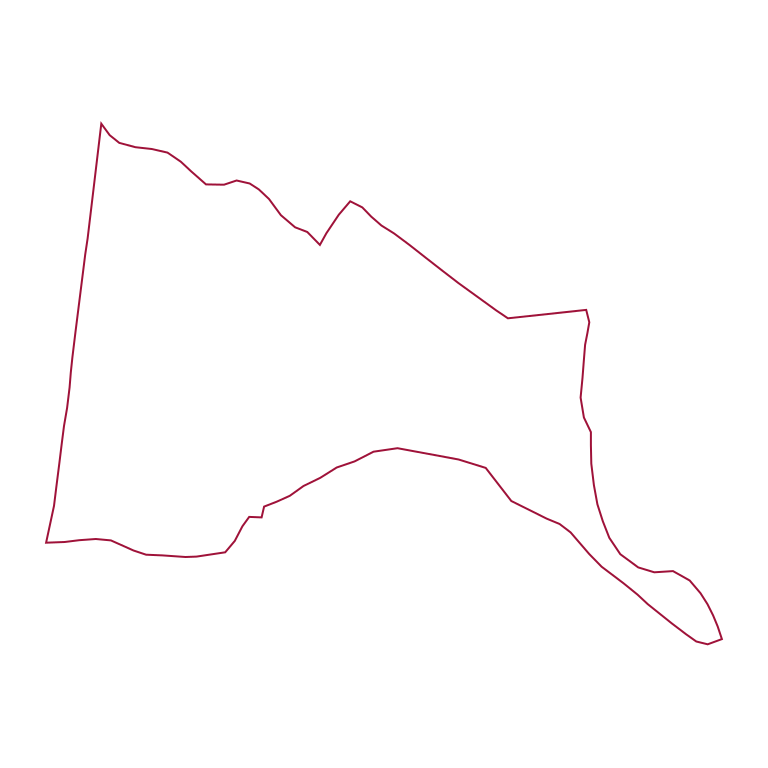 the district of Parnamirim, Rio Grande do Norte, Brazil
{"feature_id": "56859067B32838397359817", "entity_name": "Parnamirim", "entity_type": "district", "adm_level": 2, "iso_a3": "BRA", "parent_name": "Brazil", "parent_adm1": "Rio Grande do Norte", "projection": "albers", "projection_center": [-35.212, -5.917], "detail": "fine", "context": "isolated", "style": "outline", "palette": "rose", "viewbox_px": 768, "rotation_deg": 0, "n_neighbors": 0, "source": "geoboundaries", "source_scale": "gbopen_adm2", "svg_char_len": 1429}
<svg xmlns="http://www.w3.org/2000/svg" viewBox="0 0 768 768"><path d="M586.2,309.9L507.9,318.3L496.2,310.4L458.6,283.2L443.0,271.2L426.2,258.1L409.4,244.9L394.0,233.4L381.4,225.5L371.2,216.6L362.3,207.4L350.2,201.3L338.8,214.7L326.4,233.2L319.9,244.9L307.3,232.0L295.1,227.3L280.9,215.2L269.0,199.0L258.8,189.4L249.7,183.5L236.6,180.5L224.0,184.7L206.0,184.4L191.1,171.3L180.8,161.7L167.5,152.6L151.7,149.0L135.4,147.2L119.3,142.9L109.7,135.2L101.3,123.7L93.4,190.1L87.6,238.6L85.2,254.6L83.8,265.8L75.4,332.6L72.4,357.3L70.8,372.5L69.6,387.3L67.1,407.9L64.0,426.0L61.7,444.0L59.4,462.8L56.3,487.2L54.0,505.9L46.1,542.7L64.7,542.0L79.2,540.2L95.8,539.0L110.9,540.4L133.5,550.5L146.1,554.7L162.5,555.4L185.5,557.0L196.5,556.6L225.2,552.3L234.8,540.9L242.4,526.3L249.2,516.9L261.6,517.4L264.1,506.6L276.7,501.7L289.8,495.8L303.5,486.0L320.3,477.8L336.7,467.5L354.6,461.4L373.5,451.7L397.5,448.2L458.6,459.5L485.7,467.9L511.3,501.0L546.6,518.6L559.6,524.0L570.6,532.4L589.2,554.0L601.6,566.7L623.3,583.1L637.5,594.6L647.8,604.2L671.8,623.4L686.0,634.2L696.3,641.5L707.7,644.3L721.9,639.1L717.7,626.5L713.1,615.4L707.5,604.2L700.5,593.2L689.7,580.5L673.0,571.1L654.3,572.3L638.2,567.4L620.3,554.2L609.3,537.8L602.8,521.2L597.4,504.3L593.9,485.1L591.3,463.7L590.9,445.2L590.9,432.1L583.9,417.5L580.6,397.6L582.5,377.9L583.9,359.8L585.1,344.8L587.4,333.1L589.3,322.3L586.2,309.9Z" fill="none" stroke="#9f1239" stroke-width="2"/></svg>